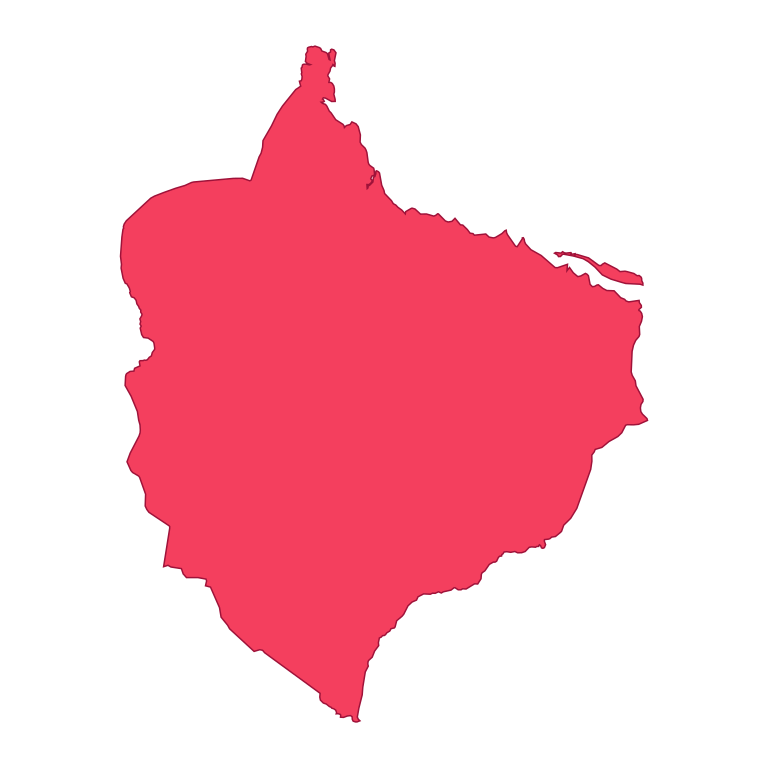 the district of Krakor, Pouthisat, Cambodia
{"feature_id": "14789045B13270514327943", "entity_name": "Krakor", "entity_type": "district", "adm_level": 2, "iso_a3": "KHM", "parent_name": "Cambodia", "parent_adm1": "Pouthisat", "projection": "orthographic", "projection_center": [104.201, 12.447], "detail": "fine", "context": "isolated", "style": "filled", "palette": "rose", "viewbox_px": 768, "rotation_deg": 0, "n_neighbors": 0, "source": "geoboundaries", "source_scale": "gbopen_adm2", "svg_char_len": 6069}
<svg xmlns="http://www.w3.org/2000/svg" viewBox="0 0 768 768"><path d="M639.1,300.4L628.8,301.9L626.1,301.0L624.6,299.3L620.7,297.7L614.1,290.8L606.8,290.5L602.8,288.4L598.4,284.8L597.0,285.0L594.6,286.4L592.4,286.7L590.1,284.4L588.4,275.7L587.0,274.2L585.4,273.4L580.7,276.0L577.8,276.6L573.3,272.8L569.5,267.5L567.0,270.7L567.5,264.3L557.5,267.7L555.1,267.6L541.2,255.5L530.9,249.7L525.6,243.9L524.6,241.7L524.2,239.3L523.3,237.7L522.3,237.9L522.3,238.8L517.2,246.7L515.5,246.2L507.6,234.9L506.6,232.8L506.2,230.2L504.8,230.8L502.0,233.5L499.6,235.0L495.3,237.5L493.3,237.9L489.1,237.1L485.8,234.0L474.4,235.2L473.0,233.6L470.1,233.2L467.3,229.5L462.8,225.1L460.4,224.8L455.0,218.3L452.0,221.3L448.2,222.0L445.4,221.0L438.4,213.9L437.6,213.8L435.6,215.4L433.8,216.1L426.5,214.0L420.5,214.1L415.0,209.0L412.3,208.2L411.4,208.3L405.7,211.6L405.3,213.9L401.7,210.0L397.8,207.2L395.9,205.1L393.3,203.7L391.5,200.7L384.6,193.5L384.0,190.5L381.7,185.2L379.5,173.0L378.4,171.7L376.6,170.8L375.9,171.2L375.8,173.8L374.8,176.6L373.5,177.2L372.9,182.0L369.5,185.4L368.3,185.7L367.9,188.0L367.2,188.6L366.9,184.5L369.0,184.6L371.2,182.7L372.1,181.2L372.2,180.3L370.7,178.8L371.9,176.0L374.2,175.3L374.5,173.8L374.1,169.9L373.7,168.2L369.9,165.5L368.9,164.3L368.2,162.4L366.9,152.6L366.0,150.0L365.0,148.1L361.4,144.6L360.1,142.1L360.4,134.9L358.2,126.6L356.0,123.8L351.9,121.9L350.1,124.5L346.3,125.6L344.4,127.5L344.1,125.9L342.9,124.3L335.7,119.7L331.1,112.9L329.3,111.1L326.9,106.2L325.5,104.4L322.4,103.3L321.2,102.2L323.3,102.0L324.3,101.4L323.4,99.7L322.5,99.1L323.3,97.8L325.5,98.1L331.7,101.5L335.2,101.4L335.1,99.2L333.8,94.1L334.4,92.0L334.4,88.9L333.8,86.0L332.3,83.5L330.7,82.4L328.9,82.4L329.6,78.9L327.8,75.8L328.0,74.6L330.0,71.1L330.6,68.0L332.7,65.4L332.9,64.5L333.6,64.9L334.1,66.2L334.9,66.4L335.1,63.2L334.4,60.6L336.0,52.8L333.9,49.9L331.7,49.2L330.6,49.8L330.5,52.0L328.9,52.9L328.8,53.9L330.0,59.9L329.1,59.5L327.4,53.6L326.0,52.5L321.9,51.0L320.6,48.4L319.4,47.6L315.0,46.1L312.8,46.9L311.5,46.5L308.7,47.2L307.6,47.8L307.3,49.0L307.6,51.2L305.8,54.2L306.1,56.5L305.4,61.5L307.3,63.4L310.4,64.6L309.4,64.9L306.0,64.1L303.3,64.3L302.5,64.9L301.9,67.5L301.2,68.1L301.8,72.8L301.3,73.9L302.1,76.4L301.9,79.0L301.3,80.7L299.4,81.2L300.7,86.2L295.7,89.6L282.5,106.0L277.1,114.3L271.5,125.9L263.0,140.6L262.6,147.2L261.1,153.2L259.1,156.9L251.1,180.1L249.8,180.8L242.7,178.3L233.4,178.4L193.6,182.0L191.5,182.5L184.9,185.5L175.5,188.3L163.8,192.5L154.5,196.1L150.7,198.2L126.3,220.8L124.2,224.0L123.4,226.6L123.6,228.5L123.0,229.1L121.9,237.0L120.5,256.3L121.5,264.4L121.1,268.1L123.1,278.3L125.3,283.3L126.9,283.9L129.3,288.0L130.3,291.5L129.7,292.6L131.4,296.8L134.2,297.8L136.1,300.3L136.9,303.9L138.6,306.4L139.3,308.3L140.8,310.1L140.7,312.1L142.0,314.2L141.7,315.7L139.9,318.9L140.7,321.6L140.0,324.1L141.2,326.1L140.2,328.1L141.7,334.6L143.5,337.5L148.1,338.1L153.2,341.5L154.0,343.3L154.7,348.1L154.6,349.4L152.3,352.5L151.4,355.9L149.2,357.4L147.4,359.7L146.0,360.3L144.2,360.1L143.2,360.6L140.0,360.7L139.3,361.8L140.0,365.9L134.6,368.3L133.9,371.1L130.1,371.4L126.8,373.5L126.1,374.4L125.6,376.4L125.1,385.5L131.1,396.2L137.4,411.5L138.7,420.2L140.0,424.9L140.3,430.0L140.1,432.8L139.0,436.1L130.2,453.1L127.0,461.8L130.9,470.5L132.6,472.5L138.6,476.0L139.6,477.3L145.6,494.2L145.2,506.0L146.9,509.6L149.0,512.4L169.0,525.7L169.7,526.5L169.7,528.3L163.6,566.7L168.0,565.3L170.9,567.0L181.4,568.6L183.2,573.9L186.5,577.6L198.1,577.6L206.0,579.1L206.6,580.9L205.5,585.8L210.5,587.1L219.5,607.6L221.1,617.2L227.7,625.3L229.6,628.8L254.1,651.4L259.8,649.7L262.6,650.3L264.6,652.7L320.1,693.3L319.8,697.1L320.4,700.1L323.3,703.0L326.4,704.1L329.3,706.5L331.3,707.4L331.8,708.2L333.6,708.7L335.7,710.1L336.6,712.7L336.2,713.8L338.1,713.7L340.1,714.3L340.7,715.0L340.5,717.2L343.5,717.4L347.4,716.0L350.5,715.6L352.1,716.7L352.3,719.4L353.2,721.2L355.4,721.9L357.1,721.9L359.9,720.8L358.2,719.1L357.3,717.0L358.9,708.0L362.2,694.9L362.8,687.2L365.3,671.9L368.3,666.1L367.8,664.0L368.1,661.4L368.9,660.2L372.2,657.2L374.6,651.1L378.7,645.6L378.4,642.6L379.4,637.9L381.1,637.2L382.6,635.6L384.2,635.5L385.5,634.7L386.7,632.9L389.8,631.0L391.0,628.7L394.4,627.9L395.1,626.9L396.7,620.7L402.0,616.3L403.7,614.3L408.0,605.8L412.1,602.0L416.5,600.1L418.0,596.8L423.6,593.9L430.4,594.2L432.5,593.2L435.2,593.3L438.5,591.8L441.3,593.0L443.4,591.8L451.0,590.1L454.0,587.8L455.0,587.7L458.2,589.8L461.0,589.8L462.6,588.8L466.1,589.0L474.6,583.8L477.7,584.0L481.0,578.8L481.4,574.2L482.1,572.8L484.9,570.8L489.3,564.4L493.3,562.1L495.1,562.1L496.6,561.2L498.3,557.6L499.5,556.3L501.6,556.0L501.9,554.4L502.8,554.0L504.1,552.0L506.8,551.7L510.7,552.3L514.9,551.5L517.6,552.8L521.7,552.7L525.2,551.5L529.2,547.3L531.7,546.9L535.6,547.2L536.7,546.5L538.7,546.4L538.7,545.6L539.5,544.8L540.6,545.7L541.5,547.9L542.9,548.3L544.4,547.6L545.6,544.7L544.3,541.0L544.5,539.6L548.6,539.1L549.8,538.7L551.7,537.1L555.5,536.5L560.8,532.1L561.6,531.2L563.7,525.2L570.7,518.3L576.8,508.4L590.7,469.4L591.9,461.2L591.8,455.1L594.2,451.9L595.2,449.4L601.9,447.4L609.0,441.5L617.9,436.5L621.8,432.7L625.6,425.3L627.1,424.7L633.6,424.8L638.7,424.3L647.5,420.4L647.0,418.6L642.4,414.1L640.8,411.5L640.4,407.9L641.0,404.4L642.9,401.5L643.1,399.3L636.0,385.8L635.3,380.8L632.2,375.3L631.2,371.9L632.1,351.4L633.5,345.2L635.7,340.4L639.0,336.5L639.7,334.5L639.3,326.5L641.5,321.3L642.4,316.7L641.7,313.4L640.2,311.1L638.9,310.5L638.9,309.6L641.4,307.3L641.3,305.4L639.4,302.7L639.1,300.4ZM639.1,275.5L637.1,275.7L633.9,273.5L627.0,271.6L625.0,271.2L620.0,271.6L616.8,269.1L604.8,262.9L602.4,264.2L601.2,265.5L599.0,265.5L588.6,257.9L577.2,254.5L576.4,254.4L574.4,255.4L575.0,253.7L570.7,254.4L571.3,253.1L570.9,252.6L566.1,253.1L564.4,252.8L562.6,251.7L561.0,253.1L555.7,252.5L554.5,253.2L557.6,255.0L558.5,256.6L560.5,256.5L562.6,254.3L563.7,254.2L573.4,256.0L583.2,258.7L588.3,261.7L595.0,267.1L602.3,274.9L610.9,279.1L621.4,282.3L625.8,283.5L640.0,284.2L642.9,285.1L642.9,283.1L641.8,280.8L641.6,278.2L640.9,276.9L639.1,275.5Z" fill="#f43f5e" stroke="#9f1239" stroke-width="1.5"/></svg>